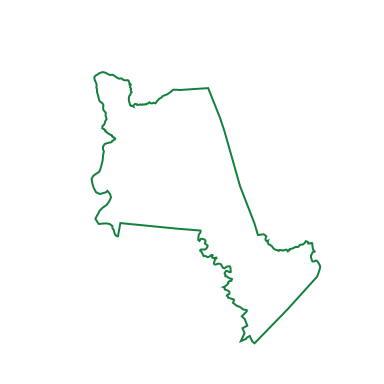 outline of San Bartolo Yautepec, Oaxaca, Mexico, rotated 43°
{"feature_id": "50627088B31711328181350", "entity_name": "San Bartolo Yautepec", "entity_type": "district", "adm_level": 2, "iso_a3": "MEX", "parent_name": "Mexico", "parent_adm1": "Oaxaca", "projection": "orthographic", "projection_center": [-95.928, 16.426], "detail": "fine", "context": "isolated", "style": "outline", "palette": "green", "viewbox_px": 384, "rotation_deg": 43, "n_neighbors": 0, "source": "geoboundaries", "source_scale": "gbopen_adm2", "svg_char_len": 5096}
<svg xmlns="http://www.w3.org/2000/svg" viewBox="0 0 384 384"><g transform="rotate(43 192 192)"><path d="M341.2,168.4L338.6,162.4L337.0,159.6L336.1,158.7L334.3,158.1L333.2,157.7L331.0,157.2L329.9,157.3L329.2,157.8L328.5,159.8L327.9,160.4L327.2,160.6L325.2,159.6L323.3,158.4L322.4,157.4L321.4,153.8L321.6,153.0L322.4,152.1L322.1,151.7L320.3,151.7L318.6,150.7L316.4,148.9L314.8,147.5L314.1,147.8L313.9,148.0L313.7,148.9L312.1,150.4L311.2,149.4L308.8,150.3L309.2,152.4L308.8,154.9L307.0,157.0L307.2,159.5L306.3,160.8L305.4,161.1L304.7,162.9L304.5,163.7L303.7,165.3L302.5,167.0L302.4,167.7L302.9,167.8L302.9,168.7L301.9,169.4L302.2,170.0L301.4,169.9L300.6,169.7L299.6,170.6L299.4,171.4L298.1,173.2L297.5,173.2L295.5,174.8L295.6,176.0L294.3,176.2L293.0,177.1L290.9,177.7L290.0,177.7L288.2,177.3L286.8,177.2L286.2,177.4L285.5,177.3L284.6,177.6L283.8,178.0L283.0,177.9L282.6,177.6L281.7,177.1L281.3,176.7L280.8,175.7L280.4,176.9L279.6,177.1L278.8,177.0L278.2,176.7L277.9,176.4L277.0,174.9L276.5,173.7L273.3,174.0L269.5,178.5L259.5,172.6L259.2,172.4L223.2,155.0L174.3,125.4L163.8,119.7L162.2,118.8L133.0,105.0L115.1,124.0L113.3,126.0L111.1,127.6L108.4,130.1L108.2,133.2L107.3,137.3L105.2,141.7L105.2,144.2L104.4,146.1L104.5,149.4L104.7,151.4L104.8,152.1L103.0,153.0L102.5,154.2L101.4,155.2L99.6,155.5L99.6,157.1L98.7,158.1L98.9,159.0L97.7,159.8L97.6,160.5L97.2,161.0L96.1,161.5L95.7,162.7L94.3,163.3L93.9,164.2L92.7,165.7L91.7,165.4L90.3,166.5L90.1,169.1L90.9,169.5L88.7,170.2L88.6,170.6L87.7,170.7L85.7,169.5L84.9,169.0L84.2,168.7L82.8,167.5L81.9,166.5L81.0,165.2L80.5,164.0L80.6,162.9L79.8,161.3L79.7,160.1L77.8,159.5L77.1,158.0L75.4,157.8L74.5,156.3L73.2,156.1L73.5,155.1L71.6,154.9L69.5,153.8L68.6,154.1L68.1,154.9L67.5,155.4L66.7,156.1L65.3,156.8L64.6,156.9L63.6,156.9L62.9,157.1L62.3,157.6L61.7,158.6L60.8,159.1L60.1,159.3L58.2,159.7L56.6,159.8L55.2,160.0L54.1,160.3L53.4,161.1L52.1,162.4L49.4,163.3L48.4,163.5L47.1,163.9L45.0,165.1L44.3,166.2L43.6,167.5L43.1,168.7L42.9,170.2L42.6,171.1L42.2,172.3L42.1,172.9L42.2,174.4L42.6,175.1L43.4,175.6L44.7,176.5L47.8,177.8L48.5,178.1L49.5,179.1L50.1,179.9L50.7,180.7L51.3,181.1L52.3,181.6L53.2,182.5L53.9,183.2L55.1,184.1L55.7,184.4L58.4,186.1L60.5,187.5L61.3,188.0L62.0,188.3L62.9,188.6L63.8,188.5L65.5,188.2L66.6,188.4L67.5,188.6L68.3,189.3L69.5,190.9L71.1,192.4L74.9,192.9L76.6,195.0L79.8,196.9L80.3,199.5L81.4,201.4L81.8,203.3L81.5,204.6L82.8,206.5L84.0,206.5L84.7,206.0L85.4,206.1L86.6,205.9L86.7,206.5L87.5,206.8L88.9,206.5L89.5,206.3L90.4,206.5L91.2,206.4L92.0,206.0L93.7,205.8L94.2,205.3L95.1,205.2L95.6,205.8L96.4,205.9L97.4,205.4L98.1,205.4L99.4,205.3L99.8,206.0L99.3,206.9L99.2,207.7L99.1,208.6L99.1,209.4L98.9,209.5L99.1,210.1L99.0,210.8L97.8,212.3L96.5,214.4L95.4,216.6L96.1,219.8L97.9,221.5L100.0,222.5L101.1,224.6L105.2,230.0L106.6,232.5L108.2,235.5L109.8,238.6L110.3,241.2L109.3,244.5L108.8,247.3L109.6,250.9L113.0,253.5L117.0,255.9L121.9,257.6L126.0,256.3L127.6,253.7L129.2,251.2L129.4,248.8L133.4,249.4L136.4,251.1L137.5,254.2L138.0,256.1L138.4,259.8L137.4,264.1L137.2,268.6L138.3,272.3L138.8,274.7L139.6,277.5L145.5,279.0L147.3,277.1L149.0,275.1L150.9,273.3L153.7,271.5L157.0,271.2L158.3,272.6L161.1,273.3L163.2,274.9L164.8,275.6L167.2,275.6L168.0,274.8L160.8,263.6L208.3,227.3L208.6,227.0L224.5,214.4L225.3,215.1L225.9,216.4L225.8,217.5L226.3,219.0L228.3,221.7L229.6,222.9L230.8,222.7L230.7,221.8L230.4,220.6L230.8,219.7L231.6,219.1L233.6,218.3L234.7,218.2L235.5,218.7L236.1,220.3L236.5,220.8L237.1,220.8L239.8,220.4L240.6,221.3L241.1,223.8L240.6,225.4L239.5,226.4L238.1,227.5L237.7,228.3L237.7,229.0L238.0,229.4L238.8,229.4L239.9,229.3L244.2,230.9L244.9,230.0L245.9,229.5L247.8,229.1L248.7,227.6L249.0,226.1L249.2,224.6L250.1,224.1L250.5,224.8L250.9,225.9L251.8,226.1L252.8,225.7L253.8,224.3L254.5,223.4L255.1,223.9L254.8,225.2L255.1,226.3L255.8,227.4L256.1,228.2L256.3,228.9L256.8,229.3L257.5,229.6L258.5,229.3L259.2,228.3L259.9,226.6L261.1,225.7L262.6,225.1L263.6,225.5L265.2,226.0L266.5,226.3L267.8,225.7L268.1,223.8L268.5,222.7L269.1,221.8L270.4,220.5L271.8,221.1L272.7,222.1L273.6,222.9L274.5,223.6L274.9,224.0L274.7,224.6L273.8,225.2L272.9,225.4L271.4,225.8L270.8,226.5L270.9,227.7L271.3,229.3L273.0,229.8L273.5,230.7L274.0,230.8L274.8,230.0L276.1,230.0L278.3,229.5L280.6,228.4L280.9,229.1L281.0,229.7L281.4,230.1L281.0,230.7L280.3,231.5L280.0,232.3L280.1,233.7L280.8,233.9L281.0,235.8L280.7,237.1L280.7,237.6L280.4,238.7L279.7,240.3L281.2,239.8L281.9,240.4L282.4,240.9L283.6,240.4L284.7,239.9L286.7,239.4L287.6,239.7L288.4,240.2L288.8,241.3L288.5,242.3L288.0,242.9L288.0,243.6L288.2,244.1L289.4,244.0L290.5,244.6L294.4,242.8L295.9,242.1L296.5,242.4L296.7,243.0L297.0,243.7L297.2,244.3L297.4,244.8L297.7,245.1L298.4,245.1L299.9,244.8L301.3,244.8L301.9,244.7L302.8,244.5L304.6,243.7L306.1,243.3L306.9,243.2L307.9,243.1L309.3,243.0L310.5,242.4L311.6,241.6L312.8,241.1L313.3,242.1L313.5,241.5L313.2,248.9L317.4,249.0L323.6,252.1L321.8,257.2L326.7,259.4L329.4,267.7L331.7,262.6L331.4,261.5L331.8,259.8L332.2,258.8L332.5,257.9L338.0,260.2L340.9,260.0L341.9,212.4L341.2,168.4Z" fill="none" stroke="#15803d" stroke-width="2"/></g></svg>